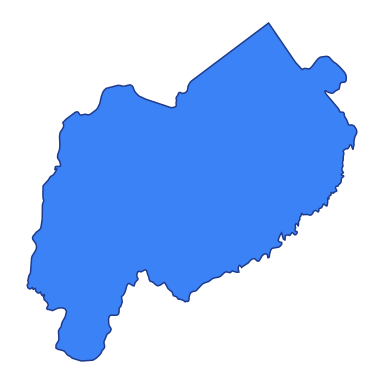 Mbomou, Equal Earth projection
{"feature_id": "CAF-868", "entity_name": "Mbomou", "entity_type": "Prefecture", "adm_level": 1, "iso_a3": "CAF", "parent_name": "Central African Republic", "parent_adm1": "", "projection": "equal_earth", "projection_center": [23.723, 5.441], "detail": "fine", "context": "isolated", "style": "filled", "palette": "blue", "viewbox_px": 384, "rotation_deg": 0, "n_neighbors": 0, "source": "natural_earth", "source_scale": "10m", "svg_char_len": 5927}
<svg xmlns="http://www.w3.org/2000/svg" viewBox="0 0 384 384"><path d="M284.9,240.0L283.6,239.3L283.0,238.1L282.1,234.3L281.6,232.9L280.3,234.8L278.9,237.8L278.2,240.6L279.3,241.8L281.7,242.5L281.8,244.0L280.6,245.8L278.9,247.1L272.1,248.3L270.9,249.7L269.8,253.3L269.5,254.8L269.3,257.0L268.5,257.7L267.9,257.7L267.3,254.6L265.7,253.7L263.8,254.3L262.0,255.9L259.3,260.6L258.3,261.2L257.0,260.9L255.2,259.1L254.1,258.6L252.3,259.0L250.6,260.2L248.2,263.0L243.3,266.1L241.6,267.5L240.2,265.6L239.6,265.3L239.0,265.7L238.6,266.5L238.3,267.8L238.2,269.2L238.7,270.5L238.8,272.2L236.5,272.2L232.4,271.0L231.7,271.2L230.7,272.4L229.9,272.7L226.2,271.8L224.4,272.6L220.8,276.1L218.6,277.2L214.3,277.9L212.4,278.7L208.7,281.5L204.3,283.0L202.2,284.2L196.5,290.4L194.8,291.2L192.5,291.6L190.9,292.6L189.9,294.2L189.2,296.5L188.9,300.0L188.5,301.0L187.7,301.4L185.9,301.3L185.2,301.9L183.6,300.6L181.9,299.8L180.2,299.3L178.3,299.2L176.7,297.0L176.3,296.7L173.4,295.7L172.1,292.1L168.0,288.6L165.6,284.1L164.2,282.4L159.9,285.3L157.6,285.8L155.5,284.6L153.3,282.5L152.1,281.8L150.9,281.5L149.7,280.8L149.1,279.1L148.8,277.2L147.7,274.5L146.7,271.0L145.9,270.0L144.7,269.9L141.3,271.8L140.0,271.7L139.1,271.3L138.3,271.4L137.4,272.7L136.9,274.4L136.8,275.9L137.2,277.5L138.1,278.9L137.3,280.2L135.2,282.4L134.1,285.9L132.5,285.5L129.2,283.4L127.6,284.2L126.7,286.0L125.6,290.4L124.8,292.4L124.0,294.0L123.0,295.4L121.6,296.5L121.6,298.0L122.3,301.9L120.7,306.5L119.4,307.8L119.1,308.5L119.1,311.6L118.9,312.9L118.3,314.2L117.0,315.1L115.0,315.3L110.8,315.1L109.1,316.5L108.5,319.6L108.7,323.2L109.2,325.7L110.9,328.3L111.1,329.3L110.7,330.7L109.8,332.1L108.6,333.2L107.5,333.6L106.8,334.8L104.0,341.7L104.0,343.1L104.6,345.9L104.6,347.0L104.1,348.3L101.9,350.9L101.2,352.9L99.5,355.1L96.1,358.3L92.8,360.2L81.4,361.0L72.2,358.2L70.0,356.3L67.8,355.2L66.9,354.4L64.6,351.4L62.7,350.5L57.9,349.3L55.9,348.0L56.0,347.7L56.0,345.4L56.4,344.1L58.0,341.7L58.7,340.0L58.9,338.8L58.5,332.3L58.6,330.7L59.0,329.7L61.0,326.8L61.3,326.1L61.7,323.5L62.7,321.3L65.2,316.8L66.5,311.5L65.0,308.7L61.8,307.8L58.0,308.1L52.5,310.6L50.3,309.8L47.6,309.4L46.9,308.9L46.8,307.7L48.0,305.9L48.2,304.6L47.2,302.4L44.2,299.7L43.6,297.0L44.5,295.5L44.3,294.7L43.8,294.6L43.1,294.9L42.3,295.7L41.3,294.3L40.4,292.1L38.9,293.1L37.7,292.9L35.8,291.2L35.5,289.2L35.0,288.4L33.5,289.4L33.0,289.1L32.5,287.7L31.9,287.7L30.7,288.8L29.2,288.8L27.8,287.6L27.2,285.5L27.5,284.4L28.5,282.9L27.8,280.8L28.9,275.6L30.3,273.4L30.6,271.4L31.6,257.8L32.2,256.0L35.7,250.3L36.5,248.0L36.4,245.3L35.5,243.2L32.8,239.4L32.5,237.4L33.2,236.0L36.4,232.1L39.2,230.0L40.5,228.5L41.1,226.3L42.2,219.1L42.4,205.2L42.6,203.8L43.5,201.9L43.7,200.4L43.7,199.8L43.3,199.2L43.1,198.5L42.9,193.9L43.1,185.8L48.3,180.0L50.0,177.2L50.7,176.4L52.5,175.5L53.9,174.1L55.8,171.3L56.7,169.1L54.9,169.4L55.4,166.7L57.0,166.3L59.0,166.5L60.7,165.9L59.8,161.5L57.8,158.4L57.5,157.5L57.7,154.8L59.4,150.0L59.9,145.5L59.5,136.2L60.2,132.4L63.4,127.4L63.7,124.7L63.0,123.4L62.8,122.6L63.5,121.8L64.5,120.9L65.9,119.3L75.0,112.5L76.3,111.9L77.7,111.9L78.4,112.4L79.5,114.3L80.2,114.9L81.1,115.1L84.6,114.3L85.8,114.2L87.9,114.9L89.2,114.7L90.8,113.9L96.3,109.7L97.7,108.0L99.8,103.5L101.3,96.7L102.9,92.2L104.3,90.1L106.1,88.4L118.1,85.3L120.1,85.5L122.9,86.2L124.4,86.2L128.5,85.1L129.9,84.9L131.1,85.2L131.8,85.6L132.9,86.8L134.4,90.9L136.2,93.3L139.1,96.1L146.3,99.4L171.2,107.7L174.0,107.3L175.9,106.5L176.2,105.5L176.1,102.5L176.5,100.6L176.1,98.1L176.3,97.3L177.7,95.3L178.6,93.0L179.1,92.6L180.2,92.4L181.7,93.3L182.8,93.3L184.5,93.0L186.0,92.2L187.1,90.9L187.5,89.9L188.1,86.0L190.0,82.5L191.3,81.1L268.6,23.0L295.5,62.4L302.1,69.6L303.1,68.9L304.3,68.4L305.8,68.4L308.6,69.0L310.0,68.5L311.7,66.9L317.5,59.3L319.7,57.5L321.1,57.0L326.5,56.3L328.4,56.7L329.6,57.6L332.1,60.5L333.7,62.0L336.1,63.6L339.5,66.7L343.9,71.6L345.1,73.3L346.0,75.1L346.2,76.7L346.3,78.9L346.0,80.8L345.3,81.8L344.1,82.3L342.3,82.3L341.2,82.6L340.4,83.5L339.8,85.2L339.3,88.5L339.0,89.1L335.5,90.9L333.4,92.8L332.1,93.2L330.4,93.0L328.7,92.4L325.5,90.8L325.0,91.1L324.9,91.8L326.1,94.1L338.4,108.6L340.0,111.8L340.6,112.2L342.4,112.1L343.4,112.5L344.0,113.2L344.2,114.0L344.4,115.8L344.9,117.0L346.4,119.3L347.6,122.1L348.0,123.3L348.7,124.6L349.6,125.2L351.5,124.9L352.7,125.2L354.3,126.1L356.3,129.4L356.8,131.5L356.6,133.3L354.9,136.7L354.1,140.2L353.9,142.5L354.0,144.8L353.0,149.2L352.7,149.1L351.3,145.4L350.5,144.9L350.0,144.9L349.7,145.3L348.8,147.5L348.1,148.4L347.1,148.8L345.5,148.9L343.5,150.5L343.3,151.3L343.8,153.0L343.8,154.1L343.2,156.8L343.2,160.1L342.6,162.0L342.5,162.8L342.9,165.6L342.9,166.5L342.0,167.9L341.9,168.8L342.0,169.7L342.3,171.0L343.4,172.5L343.3,172.8L341.6,174.0L341.2,174.8L341.5,175.1L343.5,175.8L343.7,176.1L343.6,176.5L342.0,177.8L341.4,178.6L341.1,181.9L340.3,183.4L339.0,184.3L338.1,186.0L336.4,186.3L335.7,187.0L335.6,187.5L335.6,188.5L336.7,190.2L336.8,190.5L336.7,191.0L336.0,191.5L334.5,192.0L333.4,193.2L333.0,193.2L331.8,192.4L331.4,192.4L331.1,192.6L331.1,193.9L330.9,195.1L329.6,195.8L329.1,196.3L328.9,198.9L328.6,199.0L327.8,198.2L327.6,198.6L327.7,201.9L327.2,205.3L327.0,205.8L326.6,206.0L325.5,205.4L324.1,204.1L323.7,204.0L323.1,204.7L321.7,207.5L321.0,208.0L319.3,208.6L319.0,209.0L318.8,211.0L318.5,211.7L318.2,211.9L317.8,211.8L316.2,210.6L315.4,210.5L313.8,211.2L313.4,211.8L312.5,213.7L311.3,214.8L310.5,215.2L307.3,214.5L305.1,214.5L303.2,214.8L301.9,213.5L301.6,213.5L301.0,215.8L300.0,216.9L299.8,217.5L299.8,219.7L298.6,221.6L298.4,225.2L298.3,225.7L297.8,225.4L297.3,224.4L296.6,223.8L296.1,223.7L295.8,224.0L295.3,225.2L295.2,226.1L295.7,227.8L295.0,229.3L295.0,230.2L295.2,230.8L295.6,231.2L296.6,231.4L297.2,232.0L297.2,232.7L296.9,233.4L296.0,234.5L295.1,234.9L294.2,234.4L292.8,232.9L292.1,232.6L291.5,233.0L290.9,234.1L289.7,235.5L287.7,234.8L285.5,235.7L285.1,237.2L285.2,239.0L284.9,240.0Z" fill="#3b82f6" stroke="#1e3a8a" stroke-width="1.5"/></svg>